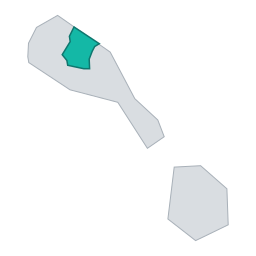 location of Christ Church Nichola Town within Saint Kitts and Nevis
{"feature_id": "KNA-5099", "entity_name": "Christ Church Nichola Town", "entity_type": "Parish", "adm_level": 1, "iso_a3": "KNA", "parent_name": "Saint Kitts and Nevis", "parent_adm1": "", "projection": "robinson", "projection_center": [-62.761, 17.359], "detail": "fine", "context": "in_parent", "style": "filled", "palette": "teal", "viewbox_px": 256, "rotation_deg": 0, "n_neighbors": 0, "source": "natural_earth", "source_scale": "10m", "svg_char_len": 551}
<svg xmlns="http://www.w3.org/2000/svg" viewBox="0 0 256 256"><path d="M164.2,136.7L147.4,148.3L117.8,102.3L70.0,89.8L28.8,62.6L27.8,56.8L28.5,43.2L36.5,27.4L57.6,15.4L110.2,52.1L134.8,98.7L157.8,120.0L164.2,136.7ZM228.2,224.8L195.6,240.6L167.9,219.0L174.2,167.1L200.6,165.7L226.9,188.8L228.2,224.8Z" fill="#d9dde1" stroke="#a8b0b8" stroke-width="1"/><path d="M74.0,27.0L99.3,43.7L94.7,46.5L92.2,51.3L89.2,59.1L89.6,68.7L83.7,68.7L67.7,65.3L66.9,60.5L62.2,54.7L70.2,41.6L69.4,36.3L74.0,27.0Z" fill="#14b8a6" stroke="#0f766e" stroke-width="1.5"/></svg>